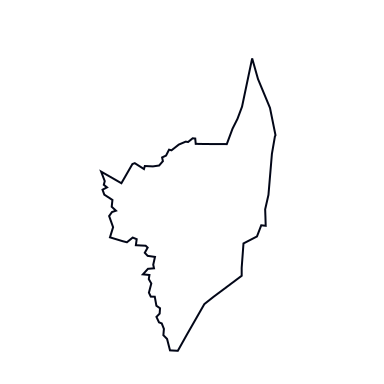 Centre, Pennsylvania, United States of America (Mercator projection), rotated 303°
{"feature_id": "52423323B56573766601238", "entity_name": "Centre", "entity_type": "district", "adm_level": 2, "iso_a3": "USA", "parent_name": "United States of America", "parent_adm1": "Pennsylvania", "projection": "mercator", "projection_center": [-77.904, 40.972], "detail": "fine", "context": "isolated", "style": "outline", "palette": "ink", "viewbox_px": 384, "rotation_deg": 303, "n_neighbors": 0, "source": "geoboundaries", "source_scale": "gbopen_adm2", "svg_char_len": 1202}
<svg xmlns="http://www.w3.org/2000/svg" viewBox="0 0 384 384"><g transform="rotate(303 192 192)"><path d="M51.1,266.6L69.3,265.4L104.7,263.4L108.3,264.6L115.7,267.1L148.8,279.3L155.4,275.0L176.9,263.2L190.1,270.7L201.8,268.2L203.8,272.2L210.6,267.5L217.3,262.8L231.2,257.7L267.6,238.2L283.7,231.3L285.1,231.1L305.0,211.6L322.7,185.8L336.8,169.7L290.8,187.5L278.1,190.3L267.2,191.5L251.1,195.1L249.8,193.0L239.4,176.9L234.4,168.9L238.6,165.6L237.4,163.3L231.8,161.5L230.8,159.3L224.6,155.1L215.8,152.1L215.0,149.7L208.4,150.4L204.7,148.1L202.0,150.8L196.3,150.0L192.2,145.3L188.1,138.3L185.1,139.2L185.0,128.3L183.0,126.8L160.9,128.0L159.6,104.7L153.6,112.9L150.0,114.1L149.6,118.2L145.2,115.7L142.0,119.9L142.0,129.6L135.9,132.7L134.9,138.4L131.6,135.8L126.7,135.6L119.5,145.0L109.3,147.9L113.0,160.7L114.4,164.8L121.5,167.1L122.3,171.3L116.8,173.9L121.7,182.4L121.2,185.1L115.3,185.5L114.3,189.6L117.4,196.3L109.9,199.1L107.3,201.7L103.6,196.9L96.2,195.7L99.2,201.5L95.4,203.2L93.1,207.7L84.1,210.7L81.8,214.4L83.9,217.8L77.2,224.1L77.1,228.5L72.4,231.1L67.9,230.2L64.7,235.3L65.3,238.2L61.9,243.0L56.3,246.0L55.2,251.1L47.2,259.8L51.1,266.6Z" fill="none" stroke="#020617" stroke-width="2"/></g></svg>